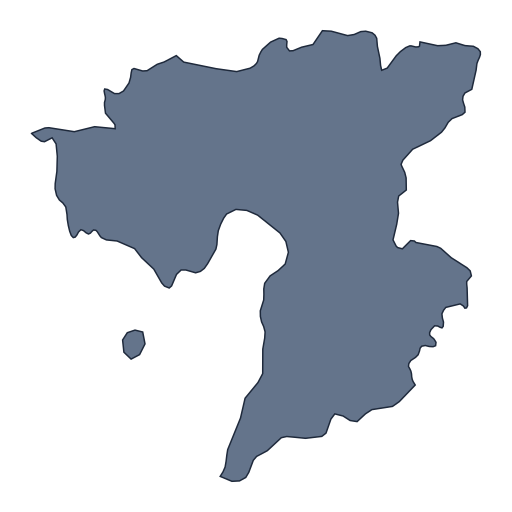 Pärnu, Albers equal-area conic projection
{"feature_id": "EST-2346", "entity_name": "Pärnu", "entity_type": "County", "adm_level": 1, "iso_a3": "EST", "parent_name": "Estonia", "parent_adm1": "", "projection": "albers", "projection_center": [24.54, 58.305], "detail": "fine", "context": "isolated", "style": "filled", "palette": "slate", "viewbox_px": 512, "rotation_deg": 0, "n_neighbors": 0, "source": "natural_earth", "source_scale": "10m", "svg_char_len": 3484}
<svg xmlns="http://www.w3.org/2000/svg" viewBox="0 0 512 512"><path d="M415.2,385.0L399.3,401.6L392.5,406.4L371.9,409.6L365.5,413.8L359.9,419.0L357.1,421.6L350.1,420.5L343.1,416.0L334.8,413.9L330.9,419.1L326.0,433.1L321.8,436.4L305.5,438.3L294.4,437.2L286.7,436.5L281.3,437.7L267.3,450.7L256.6,456.4L253.3,460.3L248.8,472.3L245.8,477.4L239.5,480.9L231.9,481.3L220.2,476.4L223.0,471.9L225.1,467.1L226.1,461.3L226.8,455.3L227.7,449.6L240.5,418.1L245.1,398.2L258.0,382.5L262.7,373.6L262.8,349.1L264.7,338.1L265.1,331.9L263.7,326.6L261.6,321.9L260.4,316.5L260.3,310.8L263.7,300.0L263.9,294.5L263.8,288.9L264.7,283.3L270.1,275.9L278.1,270.6L285.2,264.0L288.4,252.3L285.9,241.5L280.0,233.0L257.6,215.1L246.8,210.4L235.9,209.4L226.6,214.0L223.7,218.1L220.7,224.1L218.3,230.7L217.4,236.7L216.9,244.5L215.9,249.1L207.6,263.7L204.3,268.4L200.4,271.4L195.6,272.8L185.9,270.0L181.1,270.0L176.5,274.4L171.6,285.9L169.2,288.0L164.5,286.1L161.7,282.9L153.8,269.1L141.6,257.7L134.6,248.6L117.1,241.0L106.4,239.9L101.4,237.6L100.0,236.0L97.2,231.6L95.9,230.3L93.5,230.0L91.9,231.4L90.4,233.1L88.5,234.0L86.1,232.8L83.5,230.6L80.9,229.7L78.5,232.0L76.9,235.0L75.2,237.1L73.3,237.6L71.3,235.5L69.7,231.3L68.3,225.5L67.3,219.4L67.0,214.5L65.8,207.0L62.9,203.0L59.4,200.0L56.6,195.4L55.1,188.8L55.2,183.6L56.9,171.3L57.3,156.3L56.1,143.9L52.1,137.8L44.5,141.7L41.2,141.2L36.2,137.7L31.6,133.5L31.9,133.2L44.9,128.0L48.9,127.7L74.3,131.7L94.6,126.7L115.2,128.7L115.0,124.8L114.1,123.4L105.5,113.2L104.5,105.4L104.5,102.5L105.3,99.5L105.4,97.5L105.1,95.7L104.6,93.7L104.1,90.9L104.7,89.0L107.6,89.5L114.5,93.6L119.0,93.6L123.5,91.0L129.0,83.0L130.6,77.4L131.2,72.7L131.9,69.6L134.0,68.5L142.7,71.0L147.1,70.7L157.2,64.3L164.1,62.0L176.3,55.6L183.7,62.1L216.1,68.7L236.7,71.6L250.1,68.2L254.0,65.9L256.5,63.4L257.6,61.5L259.2,55.2L260.9,51.8L262.4,49.4L270.6,42.1L279.1,38.2L282.1,38.5L286.1,39.6L287.0,41.5L286.7,44.6L286.7,47.3L289.5,50.9L293.1,50.7L301.6,47.2L313.0,44.5L322.4,30.7L331.3,31.2L347.6,35.6L354.2,34.5L360.8,31.6L365.7,31.2L372.1,32.8L375.0,35.2L376.7,38.3L377.4,46.4L379.9,58.3L380.6,65.6L381.7,70.3L387.2,68.1L396.3,55.7L400.4,51.6L405.7,47.6L409.7,45.9L411.2,45.9L415.8,47.0L418.6,46.8L419.5,46.1L420.0,41.9L437.6,45.7L445.8,45.3L455.9,42.8L465.0,45.6L473.4,46.3L477.9,48.7L480.3,51.7L480.4,54.5L479.5,57.3L478.0,60.6L476.9,63.6L476.1,70.1L471.8,89.3L464.9,93.0L463.0,96.3L462.6,99.9L463.6,103.5L464.8,107.1L465.0,112.2L462.3,114.6L452.0,118.6L448.2,122.3L444.9,128.0L441.5,132.2L430.5,140.7L412.7,149.2L402.9,160.1L401.1,164.3L401.6,165.8L404.7,172.3L406.1,177.9L406.3,190.0L398.7,196.0L397.5,202.1L398.5,213.3L396.7,224.3L393.0,239.9L396.2,246.2L397.7,247.6L402.4,248.8L410.6,240.6L414.4,241.0L415.9,242.5L436.9,246.5L440.7,248.3L451.2,257.7L467.0,267.8L470.2,270.9L471.4,275.9L466.7,281.5L466.7,284.1L467.1,288.0L467.6,305.7L466.5,307.9L464.9,308.2L463.4,306.0L460.2,303.9L445.8,307.4L443.6,310.2L441.9,313.8L442.4,318.1L443.5,322.1L443.2,326.3L442.0,327.9L440.1,327.3L437.7,326.0L434.6,325.8L431.0,329.6L429.6,332.7L429.7,335.0L431.0,336.6L433.6,338.6L434.6,340.0L436.0,342.3L435.6,345.7L433.1,346.7L429.3,346.5L425.3,345.5L421.7,346.2L420.1,348.2L419.5,351.0L418.1,354.8L415.5,357.4L410.8,360.5L408.8,363.6L408.5,366.5L409.9,369.0L410.9,371.2L411.5,373.9L411.7,376.8L412.2,379.3L413.0,381.4L415.1,384.8L415.2,385.0ZM123.9,352.2L122.6,340.0L127.3,332.7L135.0,330.1L142.7,332.0L145.0,343.9L139.6,354.6L131.1,359.1L123.9,352.2Z" fill="#64748b" stroke="#1e293b" stroke-width="1.5"/></svg>